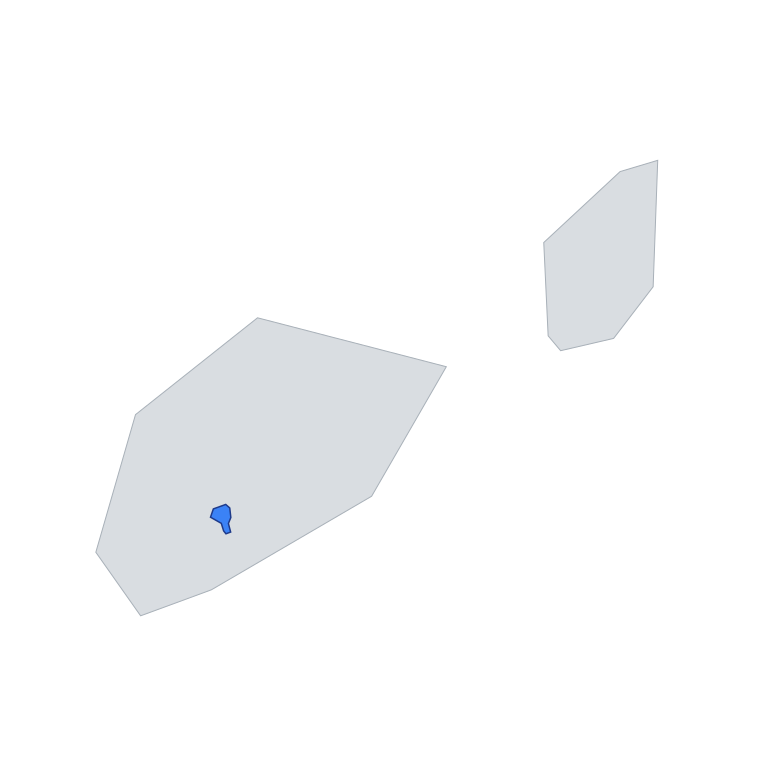 Ħamrun on a map of Malta (Mercator projection), rotated 105°
{"feature_id": "MLT-5944", "entity_name": "Ħamrun", "entity_type": "state/province", "adm_level": 1, "iso_a3": "MLT", "parent_name": "Malta", "parent_adm1": "", "projection": "mercator", "projection_center": [14.489, 35.882], "detail": "fine", "context": "in_parent", "style": "filled", "palette": "blue", "viewbox_px": 768, "rotation_deg": 105, "n_neighbors": 0, "source": "natural_earth", "source_scale": "10m", "svg_char_len": 557}
<svg xmlns="http://www.w3.org/2000/svg" viewBox="0 0 768 768"><g transform="rotate(105 384 384)"><path d="M670.9,559.1L621.1,618.8L477.9,616.1L352.8,523.3L351.2,328.3L495.6,366.9L627.5,497.5L670.9,559.1ZM295.0,237.9L206.0,266.3L117.7,210.9L97.1,177.5L220.4,149.2L280.5,174.0L306.1,222.0L295.0,237.9Z" fill="#d9dde1" stroke="#a8b0b8" stroke-width="1"/><path d="M548.8,516.5L541.3,505.7L543.7,500.9L552.6,497.4L559.0,498.2L566.7,493.8L569.6,497.9L567.4,500.9L560.7,505.1L557.6,517.1L548.8,516.5Z" fill="#3b82f6" stroke="#1e3a8a" stroke-width="1.5"/></g></svg>